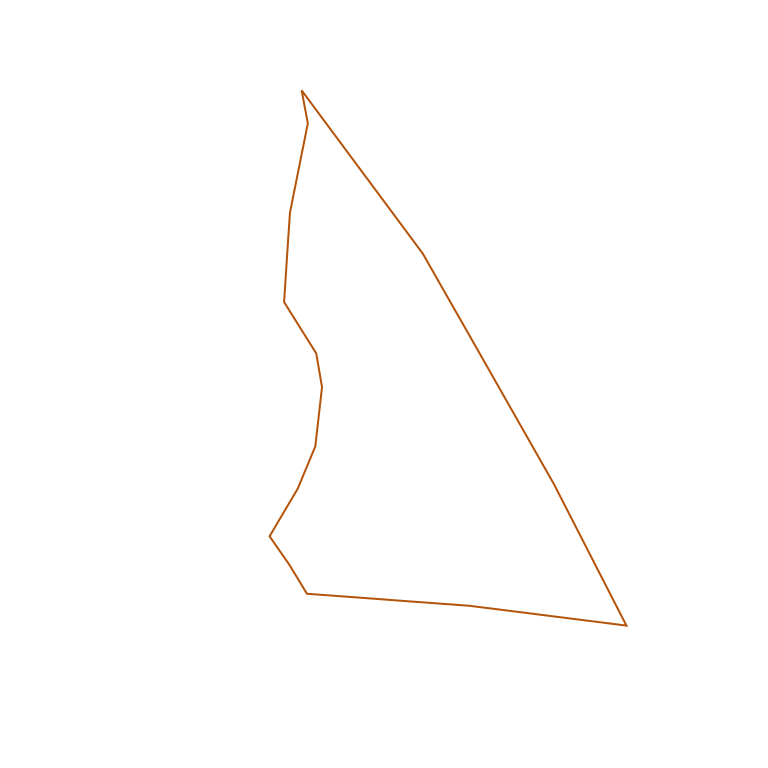 outline of Mershing, Southern Darfur, Sudan, rotated 162°
{"feature_id": "16777658B29151950465280", "entity_name": "Mershing", "entity_type": "district", "adm_level": 2, "iso_a3": "SDN", "parent_name": "Sudan", "parent_adm1": "Southern Darfur", "projection": "natural_earth1", "projection_center": [25.0, 12.506], "detail": "fine", "context": "isolated", "style": "outline", "palette": "amber", "viewbox_px": 768, "rotation_deg": 162, "n_neighbors": 0, "source": "geoboundaries", "source_scale": "gbopen_adm2", "svg_char_len": 439}
<svg xmlns="http://www.w3.org/2000/svg" viewBox="0 0 768 768"><g transform="rotate(162 384 384)"><path d="M228.1,79.3L253.3,236.1L290.0,414.7L297.0,448.3L306.8,496.0L371.6,688.7L375.9,655.4L420.5,576.0L432.0,547.3L453.7,492.8L439.0,434.1L443.9,400.2L468.6,345.9L498.4,311.1L539.9,274.5L529.9,241.5L522.1,208.3L466.5,185.6L421.6,167.2L371.6,146.8L293.1,109.9L264.6,96.5L228.1,79.3Z" fill="none" stroke="#b45309" stroke-width="2"/></g></svg>